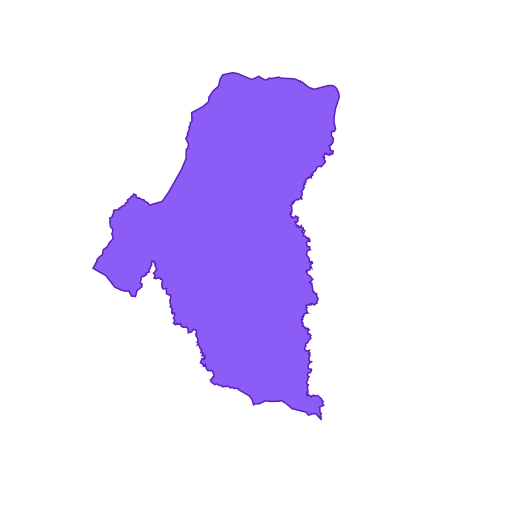 Chai Wan, Udon Thani, Thailand, rotated 62°
{"feature_id": "78962969B11605835659379", "entity_name": "Chai Wan", "entity_type": "district", "adm_level": 2, "iso_a3": "THA", "parent_name": "Thailand", "parent_adm1": "Udon Thani", "projection": "orthographic", "projection_center": [103.294, 17.228], "detail": "fine", "context": "isolated", "style": "filled", "palette": "violet", "viewbox_px": 512, "rotation_deg": 62, "n_neighbors": 0, "source": "geoboundaries", "source_scale": "gbopen_adm2", "svg_char_len": 6146}
<svg xmlns="http://www.w3.org/2000/svg" viewBox="0 0 512 512"><g transform="rotate(62 256 256)"><path d="M201.7,140.2L199.7,138.5L197.2,141.0L196.0,140.0L193.0,139.7L193.5,138.3L191.9,134.8L191.3,135.1L189.9,133.2L188.4,132.5L185.5,133.1L181.5,130.9L182.7,128.5L181.6,126.3L173.9,124.0L169.5,121.4L163.7,117.1L154.9,108.0L150.8,106.4L145.7,106.3L143.1,107.1L141.3,108.5L139.4,112.4L136.1,126.4L131.7,130.4L124.2,133.5L123.9,134.7L122.1,134.7L121.8,136.2L120.2,136.7L117.4,139.3L110.7,150.4L108.7,152.0L106.6,159.1L105.2,160.5L105.2,165.0L100.1,168.5L98.8,168.7L98.2,176.9L86.5,186.4L83.2,190.5L80.4,200.4L83.2,204.8L88.5,209.4L90.1,216.4L93.6,222.9L97.5,225.4L99.2,233.1L99.2,245.5L107.4,249.5L107.4,251.5L109.3,252.4L110.9,254.8L111.9,254.6L116.2,259.5L117.3,259.4L119.2,262.8L125.5,263.0L129.0,265.8L129.0,267.4L137.3,272.2L144.7,281.3L158.6,303.1L163.8,313.2L161.0,326.3L157.8,326.5L156.5,328.2L154.2,328.4L150.6,331.9L149.5,332.0L149.4,333.3L147.5,334.1L145.9,333.3L143.8,335.0L145.1,336.0L144.8,337.9L145.9,340.1L146.1,343.3L148.0,343.7L148.0,346.5L149.7,347.7L149.1,351.4L149.9,353.0L149.5,354.6L150.6,355.2L148.9,359.8L149.4,360.8L151.0,361.2L152.6,363.7L153.9,364.0L153.9,367.5L155.9,367.6L156.5,368.7L161.6,370.7L165.0,370.0L167.3,371.2L168.9,373.1L171.7,373.1L173.8,374.4L175.5,379.5L178.1,382.8L178.6,387.7L183.1,391.4L182.9,393.1L184.5,398.1L185.8,398.8L190.3,405.7L202.9,397.7L217.2,395.3L223.2,390.7L225.7,387.9L227.2,384.8L232.9,384.8L235.2,381.5L230.7,377.3L229.6,371.2L227.1,369.7L226.2,370.8L225.3,370.7L221.1,367.2L220.6,365.6L221.3,365.0L221.2,362.6L220.8,361.2L219.5,361.0L220.0,357.5L217.9,357.2L217.1,355.2L215.1,353.2L215.3,352.6L211.7,350.7L212.4,349.0L213.0,349.4L213.6,348.5L215.3,349.2L216.0,348.3L217.2,349.8L221.6,349.7L221.3,351.0L222.5,352.4L223.0,354.6L226.3,354.2L227.4,356.4L228.8,355.6L230.1,351.0L231.7,351.3L232.5,350.1L234.1,350.2L235.8,352.0L239.6,353.7L241.6,353.5L242.7,350.3L247.1,352.8L249.7,351.0L250.3,349.7L253.6,351.4L254.8,353.2L256.7,353.3L257.5,354.2L259.8,353.8L260.2,355.6L263.8,354.6L264.0,355.6L266.6,357.2L267.3,355.5L267.9,356.2L267.8,355.1L269.6,354.8L270.3,356.3L271.9,357.1L272.0,358.1L274.9,357.9L275.6,359.2L276.8,359.4L276.7,360.3L278.9,359.3L278.4,357.7L279.5,357.6L280.1,355.3L281.1,355.1L280.8,354.4L282.4,355.1L284.8,353.9L286.0,350.9L288.1,350.1L292.0,351.9L292.8,348.4L291.4,346.2L293.2,343.7L295.7,344.4L296.9,346.0L297.9,345.4L298.4,346.5L301.3,346.1L303.8,347.1L304.5,348.5L306.0,347.8L306.8,349.1L306.8,348.3L311.2,348.7L312.6,348.1L313.3,348.7L313.8,348.1L315.4,350.1L317.2,348.1L318.6,350.5L320.2,348.7L319.2,348.1L321.7,348.2L321.7,350.0L322.8,349.8L323.0,350.8L321.6,350.7L321.2,351.8L324.2,355.2L326.5,353.7L328.7,354.2L329.2,353.0L328.5,353.1L327.9,351.7L332.4,352.8L334.9,352.2L335.1,350.6L336.2,350.0L336.8,348.5L342.3,349.2L342.9,350.1L342.5,351.0L344.1,353.2L343.9,354.3L346.1,354.7L350.3,352.7L350.4,350.9L353.3,348.9L353.9,347.6L355.8,346.9L357.6,342.5L358.4,341.3L360.2,340.9L361.2,338.1L362.5,337.7L364.3,334.3L365.6,334.3L376.4,327.5L381.2,326.9L386.3,328.1L386.1,326.4L388.1,322.3L388.3,315.7L391.4,311.2L395.3,303.2L395.5,301.6L400.4,298.6L407.7,295.9L417.3,285.2L421.2,284.3L422.2,279.0L423.8,277.1L431.6,275.1L429.0,275.0L428.9,274.1L427.4,274.5L425.9,272.3L423.5,272.8L421.6,271.5L419.2,271.0L419.7,266.4L417.1,266.5L415.9,264.9L414.3,265.8L413.1,265.1L408.1,267.2L406.9,270.2L405.7,270.6L406.3,273.6L405.1,273.4L403.5,275.8L402.9,274.9L402.5,276.3L401.2,275.6L401.0,274.4L399.9,274.9L399.5,273.4L396.1,272.5L394.4,270.2L392.9,271.1L391.0,270.7L390.1,268.8L388.1,267.6L387.5,265.7L385.7,266.6L383.8,265.6L384.5,262.7L382.6,260.3L381.6,260.4L381.2,261.8L380.1,262.4L377.6,261.9L375.7,259.1L375.5,256.7L373.7,258.2L372.7,258.1L369.7,256.1L369.1,254.8L367.1,255.6L367.0,254.0L365.0,254.3L364.3,253.3L363.8,255.8L362.0,256.9L360.7,256.4L359.3,255.4L359.1,254.3L357.3,253.9L356.5,252.6L356.9,251.2L354.9,248.4L354.6,246.3L352.8,246.2L352.0,244.8L349.5,245.6L349.2,246.9L346.7,245.4L346.1,243.8L344.9,245.5L345.1,244.1L344.5,243.9L344.0,246.1L342.7,245.6L342.4,246.6L339.8,246.9L339.5,247.7L337.3,245.9L336.5,246.8L334.8,245.8L333.9,246.0L334.0,244.5L332.1,244.4L331.6,243.6L332.2,243.0L330.8,242.6L331.1,241.6L329.6,240.6L330.5,237.3L329.7,238.1L329.6,237.2L327.8,236.7L326.6,236.8L326.5,237.6L325.5,235.0L324.9,235.6L322.9,235.2L325.0,230.2L324.4,229.6L323.8,230.0L323.9,228.9L326.1,228.0L326.7,226.7L325.8,225.8L326.2,224.1L324.1,223.3L324.0,222.3L322.4,221.1L320.1,221.3L317.8,220.3L317.9,221.1L315.3,221.5L314.8,222.5L306.3,219.6L306.2,220.3L304.8,220.0L305.3,220.7L304.4,221.1L303.3,216.9L298.7,217.7L297.1,219.1L293.7,219.1L294.1,218.5L292.5,217.9L293.3,217.2L292.8,215.4L293.5,215.0L292.6,214.6L292.1,212.9L292.7,212.6L291.1,212.4L290.9,213.2L289.2,211.9L288.8,209.4L287.3,209.3L286.7,210.1L287.2,211.3L286.3,211.6L282.9,210.1L279.1,210.9L276.5,209.4L275.4,207.5L276.0,205.2L275.2,205.5L273.1,204.2L272.0,206.2L267.5,205.1L267.2,203.6L268.5,201.8L267.4,201.0L267.2,202.0L266.2,202.0L265.5,200.9L264.2,201.7L264.0,202.9L261.9,203.0L260.3,204.6L257.9,202.6L257.9,203.5L256.3,204.3L255.4,203.7L256.4,201.2L254.9,201.9L253.4,201.1L252.5,202.4L250.5,201.8L251.4,203.9L251.1,204.7L250.2,204.2L249.4,204.5L249.3,205.6L248.7,204.8L247.9,205.7L244.6,205.7L244.4,204.9L245.4,204.1L244.6,202.2L242.7,202.0L242.0,200.5L239.3,202.3L240.1,204.0L239.5,205.5L238.7,205.4L238.9,206.3L235.4,206.4L235.6,205.4L234.1,205.5L234.0,204.6L234.7,204.5L233.1,203.0L228.5,201.2L227.8,201.6L226.7,197.7L225.8,198.5L225.2,193.4L226.1,192.8L226.1,189.4L227.1,188.8L226.3,188.4L225.6,189.1L223.7,186.6L221.8,185.5L220.4,185.7L219.2,182.7L218.2,182.2L218.3,181.2L216.4,181.3L216.0,180.0L215.0,179.9L215.5,178.9L213.8,177.9L213.9,176.9L212.6,176.9L211.9,175.7L212.0,172.9L210.9,172.4L212.9,170.4L211.1,169.6L211.3,168.3L209.9,168.7L210.3,167.6L208.6,165.6L208.7,163.5L206.1,160.0L206.7,157.4L207.8,156.5L205.8,151.0L204.1,150.1L203.3,150.7L201.9,149.9L200.5,150.3L200.9,149.2L199.9,149.5L197.9,146.8L198.7,146.5L198.5,145.5L199.8,145.7L200.9,144.4L200.5,143.3L201.3,143.5L200.9,142.7L201.8,141.6L200.9,140.6L201.7,140.2Z" fill="#8b5cf6" stroke="#5b21b6" stroke-width="1.5"/></g></svg>